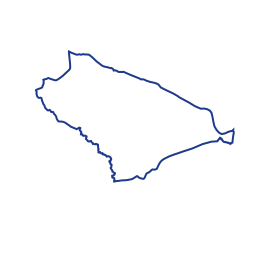 Sai Thong Watthana, Kamphaeng Phet, Thailand, rotated 28°
{"feature_id": "78962969B33037447710265", "entity_name": "Sai Thong Watthana", "entity_type": "district", "adm_level": 2, "iso_a3": "THA", "parent_name": "Thailand", "parent_adm1": "Kamphaeng Phet", "projection": "orthographic", "projection_center": [99.868, 16.3], "detail": "fine", "context": "isolated", "style": "outline", "palette": "blue", "viewbox_px": 256, "rotation_deg": 28, "n_neighbors": 0, "source": "geoboundaries", "source_scale": "gbopen_adm2", "svg_char_len": 5498}
<svg xmlns="http://www.w3.org/2000/svg" viewBox="0 0 256 256"><g transform="rotate(28 128 128)"><path d="M227.0,91.7L225.4,87.8L224.4,85.0L224.0,83.7L223.7,82.6L223.5,82.2L223.2,81.9L222.7,81.6L222.1,81.0L221.8,80.3L221.5,81.2L221.2,81.8L219.6,83.0L217.6,85.3L216.3,87.1L214.7,88.5L213.3,89.4L210.6,89.4L207.0,88.1L203.5,85.9L200.8,82.8L196.5,77.5L194.6,75.4L192.4,74.3L189.2,74.2L186.0,75.1L183.5,76.7L180.9,77.0L176.9,77.3L170.0,76.9L158.8,76.8L157.2,76.5L154.9,76.4L152.3,76.3L149.2,76.4L143.8,76.7L138.0,76.8L136.0,76.0L134.8,75.4L134.2,75.3L131.7,75.4L128.2,76.2L126.0,76.9L121.8,77.6L120.5,77.6L119.5,77.7L118.8,77.8L118.1,78.1L116.8,78.9L116.4,79.0L114.8,78.9L104.5,80.0L99.1,80.4L98.0,80.4L97.8,80.4L97.0,81.2L96.2,81.3L95.6,81.7L95.6,81.8L95.0,82.1L94.3,82.5L93.8,82.7L93.3,82.8L92.8,83.0L92.3,82.9L91.9,82.8L91.6,82.7L91.3,82.7L89.1,83.4L88.6,83.9L88.3,84.0L88.2,83.9L88.1,83.6L88.0,83.3L87.9,83.2L86.6,82.9L85.2,82.8L85.0,83.1L84.9,83.2L83.6,83.5L82.5,83.8L82.0,83.8L79.6,84.5L78.0,84.9L76.9,85.1L76.1,85.1L74.1,84.8L69.1,84.0L64.7,82.7L61.1,81.9L59.0,81.6L57.7,82.2L56.8,82.5L55.7,83.2L55.1,83.4L54.4,83.7L53.6,83.9L52.7,84.8L52.1,85.3L51.8,85.5L50.3,85.8L48.8,87.1L48.2,87.4L46.9,87.6L45.1,87.8L43.1,88.1L40.0,88.2L40.4,89.1L44.9,95.8L46.6,98.3L48.4,101.4L48.9,102.6L49.0,103.0L48.7,104.6L48.3,105.7L47.5,108.0L46.6,110.6L45.9,112.7L45.1,114.3L44.6,115.5L43.1,118.3L42.2,119.5L41.6,119.9L40.9,120.2L37.0,120.9L34.6,121.2L34.2,121.3L33.9,121.6L33.0,122.9L32.4,123.4L30.6,125.1L31.5,126.2L32.5,128.1L32.7,128.9L32.8,130.1L32.8,130.6L32.9,130.9L33.0,131.7L33.1,132.3L32.9,132.9L32.5,133.5L31.6,134.5L30.6,135.5L29.6,136.8L29.2,137.4L29.0,137.9L30.0,138.7L30.7,139.5L31.0,140.6L31.5,141.2L32.9,142.6L33.8,143.1L34.5,143.2L34.9,143.3L35.2,143.2L35.6,143.0L36.0,142.8L36.3,142.5L36.5,142.3L36.9,142.2L37.2,142.2L37.4,142.2L37.7,142.3L37.8,142.5L38.4,143.2L38.9,143.8L39.4,144.3L41.1,145.7L41.5,146.1L41.9,146.5L42.3,146.7L42.9,146.9L43.4,147.2L43.7,147.5L45.1,148.8L45.7,149.2L46.0,149.3L47.9,149.9L49.1,150.1L49.3,150.0L50.2,148.9L50.3,148.9L50.5,148.8L51.0,148.9L52.2,149.7L52.6,149.9L52.8,149.9L53.5,149.4L54.2,149.1L54.6,149.1L55.0,149.4L55.7,150.1L56.3,150.3L57.4,150.6L59.0,151.5L59.4,151.8L59.9,152.4L60.6,153.2L61.4,153.7L62.3,154.3L63.5,154.8L66.9,153.3L68.3,152.9L70.1,152.8L74.4,153.3L74.8,153.3L75.3,153.3L76.6,153.7L83.2,153.1L83.9,152.0L84.3,151.6L84.4,151.3L84.6,150.9L84.8,150.6L85.2,150.4L85.4,150.4L85.7,150.4L85.9,150.4L86.0,150.6L86.1,151.0L86.0,151.3L86.1,151.7L86.1,152.0L86.3,152.3L86.5,152.6L87.0,152.9L87.6,152.9L88.8,153.6L88.8,154.1L89.1,154.9L89.2,155.5L89.4,155.7L89.8,155.8L90.0,155.7L90.7,155.1L90.8,155.1L91.8,155.7L92.0,155.9L92.6,155.7L93.6,154.9L94.1,154.9L94.7,155.0L95.2,154.8L95.3,154.9L95.7,155.4L95.7,155.6L95.7,156.5L95.7,157.0L95.8,157.2L96.0,157.4L97.5,157.9L98.3,158.0L98.9,158.5L99.2,158.5L99.5,158.4L100.4,157.9L101.1,157.1L101.3,156.9L101.5,156.8L102.1,157.3L102.7,157.7L103.2,157.8L103.8,157.8L104.0,157.9L104.4,158.4L104.5,158.5L104.9,158.2L105.5,158.2L106.6,157.8L106.9,157.6L107.1,157.1L107.3,157.0L107.8,156.9L108.0,156.9L108.4,157.1L109.3,156.8L110.1,158.2L111.1,159.7L112.0,160.4L112.0,160.6L111.9,161.1L111.9,161.3L112.6,162.0L112.9,162.3L113.2,162.9L113.3,163.0L113.2,163.3L113.3,163.4L113.5,163.4L113.9,163.2L114.3,162.6L114.5,162.4L114.8,162.4L115.0,162.5L115.5,163.0L116.4,162.9L116.6,162.9L117.2,162.3L117.3,162.2L117.5,162.3L118.1,163.0L118.3,163.1L118.5,163.1L118.7,162.8L119.0,162.6L119.6,162.6L120.0,162.7L120.7,162.4L120.9,162.5L121.3,162.8L122.0,162.7L122.3,162.9L122.6,163.1L122.8,163.2L123.0,163.0L123.1,162.6L123.8,162.3L124.2,162.0L124.4,162.0L126.2,162.1L126.4,162.2L126.8,162.7L127.5,163.0L127.7,163.3L127.8,163.4L127.9,164.6L127.3,165.4L127.7,165.7L127.4,165.9L127.3,166.1L127.3,166.3L127.6,166.7L128.0,167.0L128.5,167.1L129.0,167.3L129.3,167.5L129.4,168.0L129.5,168.1L129.8,168.2L130.7,168.2L130.8,168.2L131.1,169.3L131.6,170.0L131.4,171.1L131.4,171.3L131.5,171.5L132.7,172.3L133.8,172.6L133.9,172.8L134.6,173.7L135.3,173.7L136.1,174.1L137.4,173.9L137.6,174.0L137.8,174.2L137.9,174.5L137.9,175.2L137.8,176.0L137.1,177.0L136.5,177.4L136.4,177.6L136.5,177.7L136.9,178.3L137.1,178.8L137.3,179.0L137.6,179.1L137.9,179.0L138.8,178.6L139.0,178.6L139.7,179.3L140.2,179.7L140.3,179.8L140.5,180.2L140.5,180.4L140.4,180.8L140.4,181.0L140.6,181.4L140.9,181.8L142.6,180.4L143.4,179.8L144.3,179.3L145.7,178.2L148.0,176.6L148.9,176.2L150.6,175.1L152.9,173.5L153.3,173.0L154.8,171.9L155.5,171.2L156.4,169.9L158.4,166.4L158.7,166.2L159.2,166.2L160.1,166.5L161.3,166.6L162.2,166.6L162.8,166.4L164.8,166.0L165.4,165.7L165.6,165.5L165.9,164.9L166.0,164.4L166.0,163.9L165.7,159.6L165.9,159.2L166.4,158.5L167.0,157.8L167.6,156.6L168.1,155.5L168.6,153.8L168.8,153.5L169.2,153.0L169.7,152.8L170.3,152.7L170.8,152.4L171.3,152.0L172.4,150.9L172.6,150.6L172.4,146.5L172.4,144.3L172.7,142.3L173.1,140.9L173.8,139.4L174.8,137.7L176.5,135.4L177.9,133.4L182.0,128.9L184.3,126.5L188.1,122.4L194.4,115.9L201.5,107.1L208.1,100.9L213.1,97.8L213.8,93.4L214.0,93.4L214.4,93.7L214.8,94.0L215.0,93.9L215.4,93.5L215.6,93.5L215.9,94.2L216.2,94.4L217.0,94.4L217.5,94.7L218.0,94.9L218.2,95.1L218.6,95.2L218.8,95.1L219.2,95.2L219.5,95.2L219.8,95.1L220.2,94.9L220.5,94.9L220.6,94.6L220.9,94.5L221.8,94.5L222.5,94.2L223.0,94.3L223.2,94.0L223.7,93.8L223.9,93.8L224.5,94.0L225.0,93.8L225.5,94.0L225.5,93.8L225.5,93.5L225.5,93.3L225.7,93.2L226.2,93.2L226.5,93.1L226.6,92.7L226.7,92.0L226.8,91.8L227.0,91.7Z" fill="none" stroke="#1e3a8a" stroke-width="2"/></g></svg>